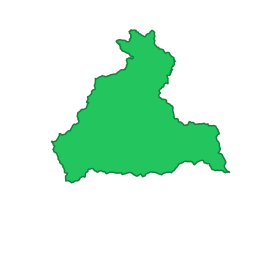 Galyani Vadhana, Chiang Mai, Thailand (Natural Earth projection), rotated 243°
{"feature_id": "78962969B83448610007189", "entity_name": "Galyani Vadhana", "entity_type": "district", "adm_level": 2, "iso_a3": "THA", "parent_name": "Thailand", "parent_adm1": "Chiang Mai", "projection": "natural_earth1", "projection_center": [98.331, 19.015], "detail": "fine", "context": "isolated", "style": "filled", "palette": "green", "viewbox_px": 256, "rotation_deg": 243, "n_neighbors": 0, "source": "geoboundaries", "source_scale": "gbopen_adm2", "svg_char_len": 5918}
<svg xmlns="http://www.w3.org/2000/svg" viewBox="0 0 256 256"><g transform="rotate(243 128 128)"><path d="M186.8,121.4L183.8,119.8L182.6,119.0L181.4,117.6L180.5,117.1L178.7,117.0L177.5,116.3L177.4,115.6L177.8,114.0L177.3,112.6L177.1,112.1L176.3,111.9L175.3,111.2L174.2,108.7L174.0,107.7L174.2,106.4L173.9,106.1L171.8,105.5L171.2,104.9L170.3,103.3L169.5,102.8L168.4,104.3L167.5,102.6L166.4,101.9L165.6,100.6L165.0,100.4L164.6,99.9L164.7,96.7L165.6,95.3L165.3,94.5L165.4,93.8L164.7,93.1L164.5,91.2L164.2,90.1L163.5,89.6L163.2,89.6L162.5,88.8L161.5,88.1L159.9,87.9L158.9,88.1L158.3,87.3L156.8,87.5L156.2,87.4L155.4,86.5L155.0,85.7L155.1,84.0L154.8,83.7L154.7,83.1L155.8,81.9L155.8,81.6L155.3,79.9L154.2,78.6L152.9,76.5L151.8,75.6L152.4,74.0L152.3,73.0L152.0,71.9L152.1,71.1L150.9,69.5L151.3,68.6L151.7,66.0L152.0,65.7L153.0,65.5L153.8,65.0L154.0,64.4L152.6,63.6L151.2,61.4L150.5,61.1L150.2,60.0L149.2,58.3L149.1,57.5L149.6,55.2L150.0,54.7L150.6,54.4L150.7,54.2L150.4,53.7L148.4,54.2L146.7,53.8L145.1,54.4L142.8,51.4L142.0,51.7L140.6,51.3L139.3,51.9L138.2,52.8L137.6,52.9L134.5,52.5L133.6,52.8L132.7,51.9L132.0,51.6L129.4,52.2L128.7,51.6L128.1,51.5L126.5,52.1L126.0,52.6L125.1,52.5L124.2,53.1L122.9,52.3L121.4,52.6L119.4,52.3L117.4,51.3L116.7,51.5L115.3,53.5L114.8,53.2L113.9,52.0L113.4,50.5L112.8,50.3L111.9,49.7L109.1,48.7L108.7,49.9L108.0,51.0L106.2,52.3L105.0,52.7L104.5,54.8L104.9,56.8L103.9,58.9L103.8,60.2L104.0,61.1L105.3,62.7L105.5,64.3L105.3,65.5L104.7,66.5L103.9,67.1L103.9,67.3L104.7,68.2L106.8,69.4L107.2,70.0L107.6,72.5L109.1,73.5L109.2,74.3L108.6,75.7L108.4,77.3L107.0,78.6L105.1,78.8L104.1,79.9L102.7,80.5L102.4,81.3L102.8,82.5L102.1,84.8L100.4,85.7L99.8,87.3L97.7,87.8L97.0,88.3L96.9,91.2L96.4,93.0L92.9,97.5L91.0,101.8L89.7,101.6L89.1,102.0L88.9,103.6L88.4,104.6L88.4,106.6L87.5,109.6L85.7,111.3L84.2,111.7L81.6,113.5L81.2,114.0L80.9,114.7L81.2,116.7L81.1,118.5L78.0,118.9L78.0,119.9L77.6,121.3L78.6,122.5L78.8,123.1L78.7,128.1L75.9,132.4L73.5,134.3L71.0,136.8L71.0,137.3L71.6,138.6L71.0,142.0L70.2,143.6L70.0,144.5L69.8,145.0L68.4,146.5L69.3,148.2L69.1,149.6L70.1,151.4L71.1,154.0L72.8,157.1L72.4,160.8L72.6,162.6L72.2,164.3L71.0,165.5L70.9,166.5L69.8,167.9L69.7,169.0L67.8,170.0L65.8,170.1L65.2,170.4L65.3,171.5L66.2,174.5L66.1,177.3L65.5,179.5L64.7,180.3L62.3,180.2L61.3,181.6L60.3,182.3L59.7,183.7L59.2,184.2L58.4,184.2L57.4,183.6L56.2,184.3L54.8,184.0L52.8,184.1L51.7,185.6L50.4,186.4L50.0,188.2L49.1,189.1L48.3,190.8L48.1,191.9L47.5,192.2L46.9,193.1L45.6,193.3L44.1,194.5L44.0,195.9L43.4,196.6L43.0,197.9L42.0,198.4L43.0,198.2L44.5,196.9L48.6,196.1L50.8,196.8L52.7,199.3L53.6,199.8L57.6,199.8L58.9,199.6L61.2,199.8L62.4,199.5L63.6,198.3L64.2,197.4L64.9,197.2L65.9,199.2L67.6,200.8L69.5,201.0L72.0,202.0L73.6,202.3L75.1,202.2L76.5,201.6L79.8,202.4L80.5,203.7L81.3,204.5L81.3,206.1L81.4,206.5L81.9,206.9L84.4,207.0L85.4,207.3L87.7,206.9L89.6,207.0L90.7,206.2L91.2,205.5L92.1,203.3L93.0,202.1L93.3,201.1L93.7,200.8L95.4,201.0L95.8,199.1L97.5,198.1L98.1,196.5L98.3,195.2L99.1,194.0L100.8,189.5L103.1,188.7L103.6,188.1L104.1,186.6L105.0,186.4L105.6,185.8L105.6,185.4L105.4,184.7L104.0,183.3L103.8,182.8L104.6,179.7L105.0,179.2L107.4,178.7L109.0,177.9L109.5,177.5L110.2,176.1L110.6,175.9L112.5,176.5L113.6,176.3L114.1,175.8L114.7,174.3L115.3,173.8L115.9,173.7L119.5,175.0L123.7,175.9L124.3,176.3L124.9,177.0L126.1,177.5L127.2,177.4L129.4,176.2L130.7,175.8L131.9,174.6L132.6,174.1L134.0,174.0L134.7,174.8L135.2,174.8L136.5,174.0L138.5,171.2L140.0,170.7L141.5,169.7L143.8,170.6L144.1,171.4L144.4,172.8L146.9,172.4L147.7,173.7L148.2,174.7L148.1,175.7L148.9,176.5L148.5,178.2L149.2,179.1L150.2,179.7L150.7,180.2L150.8,181.9L150.6,182.7L150.2,183.2L149.4,183.6L149.4,183.8L153.1,185.5L154.0,186.2L155.5,186.0L157.0,186.6L157.1,187.1L156.3,188.3L156.2,189.4L156.6,190.2L157.4,190.9L157.5,190.4L158.1,190.5L158.3,191.1L158.3,192.0L158.7,192.0L159.2,192.9L159.6,192.6L159.6,193.3L160.1,193.4L160.0,194.1L160.3,194.1L160.8,193.5L161.2,193.6L162.3,194.8L162.5,195.7L163.3,196.3L163.2,196.7L162.8,196.8L163.4,197.9L164.5,198.7L165.9,199.1L165.9,200.1L166.5,199.7L167.4,200.2L167.4,200.4L167.9,200.3L168.0,199.7L168.5,199.8L169.1,200.3L169.2,200.6L169.4,200.7L170.9,200.1L172.2,199.3L174.3,198.7L175.7,198.9L176.6,198.7L177.6,197.2L177.6,195.5L177.9,195.2L179.1,195.1L180.0,194.7L180.9,195.0L181.8,194.8L183.4,193.2L183.9,192.2L184.6,191.4L185.8,191.9L186.5,190.8L189.7,189.8L191.6,189.9L193.9,191.7L195.5,191.3L196.5,192.6L197.4,193.4L199.9,194.2L200.9,195.0L201.7,195.0L202.7,194.6L203.8,194.0L204.1,193.5L203.5,191.4L202.7,190.4L202.6,189.5L202.9,189.0L203.0,188.3L202.8,186.8L201.8,185.3L201.7,184.3L204.7,182.2L205.8,181.8L207.2,180.6L208.9,180.4L210.2,178.9L210.7,178.9L210.9,179.4L211.3,179.4L211.9,178.8L212.7,177.2L213.0,176.2L214.0,175.2L213.8,174.5L213.3,174.2L213.6,173.7L213.3,172.8L212.8,172.9L211.8,172.4L210.0,173.0L209.3,172.5L208.9,172.4L208.7,172.1L207.9,172.1L207.4,171.4L206.7,171.3L206.7,170.4L206.4,170.2L206.1,169.5L205.2,169.5L204.5,167.6L205.2,166.3L205.6,165.8L206.2,165.8L207.3,165.2L207.9,164.5L208.3,163.3L209.8,161.6L210.5,160.4L210.8,159.3L210.9,158.3L210.9,157.5L210.4,156.8L209.0,157.0L207.9,157.6L207.0,157.6L206.6,158.6L206.2,158.7L205.6,158.2L204.6,158.0L203.9,158.4L203.3,157.7L202.4,157.3L201.7,157.4L200.9,157.8L199.5,157.8L198.7,158.3L198.0,159.3L195.0,161.3L194.1,162.4L193.3,162.5L192.9,162.9L191.7,162.7L190.7,163.1L190.3,164.0L189.1,165.0L188.0,164.3L187.7,163.4L188.4,163.3L188.7,163.1L188.3,162.3L188.7,161.9L189.3,162.0L189.2,161.1L189.9,160.9L190.0,158.1L189.4,157.8L189.1,157.3L188.4,157.4L186.0,156.7L185.4,156.7L184.7,155.3L183.4,154.6L182.1,152.4L181.5,152.2L182.0,151.5L181.8,150.4L182.8,148.5L183.0,147.5L182.5,146.3L182.1,143.5L181.7,142.3L181.7,141.3L182.4,139.9L183.3,136.6L183.2,135.3L183.9,131.1L184.9,130.4L185.3,129.6L186.2,129.0L186.2,126.9L186.4,125.9L186.2,124.3L186.2,122.1L186.8,121.4Z" fill="#22c55e" stroke="#15803d" stroke-width="1.5"/></g></svg>